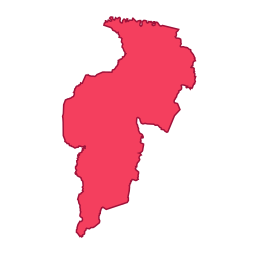 outline of Tonaya, Jalisco, Mexico, rotated 182°
{"feature_id": "50627088B15474935979053", "entity_name": "Tonaya", "entity_type": "district", "adm_level": 2, "iso_a3": "MEX", "parent_name": "Mexico", "parent_adm1": "Jalisco", "projection": "robinson", "projection_center": [-103.939, 19.867], "detail": "fine", "context": "isolated", "style": "filled", "palette": "rose", "viewbox_px": 256, "rotation_deg": 182, "n_neighbors": 0, "source": "geoboundaries", "source_scale": "gbopen_adm2", "svg_char_len": 5910}
<svg xmlns="http://www.w3.org/2000/svg" viewBox="0 0 256 256"><g transform="rotate(182 128 128)"><path d="M126.2,53.6L125.1,55.5L125.2,58.3L125.7,58.6L124.6,65.1L124.4,69.2L124.7,70.7L124.2,71.1L124.1,72.5L123.6,72.9L123.3,75.0L122.9,74.8L122.1,76.7L120.3,76.5L118.7,75.8L117.9,75.9L117.2,76.2L116.9,76.8L116.0,77.1L116.7,78.7L116.1,79.4L116.3,81.4L115.9,82.7L115.9,84.4L118.6,86.5L119.2,87.5L118.6,89.0L118.9,89.7L117.9,89.7L117.9,91.8L117.4,93.5L116.2,94.9L115.3,96.5L115.2,97.2L116.0,98.5L115.7,99.8L114.8,101.1L113.8,101.5L114.9,103.0L115.9,103.3L114.8,103.6L113.1,105.1L112.7,105.9L111.9,111.5L111.9,112.5L114.5,113.5L115.2,114.3L115.0,115.2L114.5,115.4L115.0,117.2L114.3,118.7L114.4,119.4L113.7,120.3L112.8,118.7L112.5,119.1L112.6,120.0L113.4,121.7L114.2,122.4L115.8,123.0L117.3,125.6L117.5,127.0L117.4,127.9L118.3,129.6L118.6,131.3L119.3,132.2L119.7,133.3L119.6,137.6L119.4,138.3L118.9,138.8L118.1,138.8L116.6,137.7L115.9,135.3L114.9,133.3L113.2,132.6L111.1,133.2L108.8,132.8L102.3,132.7L100.9,131.7L98.8,131.9L98.0,131.6L96.1,129.6L95.2,129.4L94.7,128.6L94.7,127.8L92.2,127.5L90.8,126.0L89.0,125.1L88.1,125.6L82.0,141.9L76.7,148.2L79.2,153.8L79.6,154.2L82.2,154.8L82.7,155.4L82.9,156.5L82.5,157.9L81.6,159.0L81.6,159.7L80.6,160.8L80.5,161.8L79.9,163.6L78.5,165.4L78.4,166.1L78.6,166.8L76.8,167.8L75.9,168.9L75.8,170.4L76.3,172.4L75.7,172.9L74.6,173.0L72.5,172.6L71.6,172.0L70.2,171.8L71.2,170.5L71.0,170.3L69.5,170.7L68.2,170.5L67.1,169.1L66.6,170.5L65.5,169.9L64.9,170.9L64.7,171.9L64.1,173.5L63.2,174.3L63.4,174.8L62.9,174.9L62.9,175.7L62.3,176.7L63.0,178.7L62.2,181.7L63.2,181.7L63.1,184.6L64.2,185.9L64.2,186.4L63.5,186.7L64.0,187.9L64.0,189.9L65.9,191.0L66.5,190.6L67.1,190.7L66.4,192.2L65.6,192.7L64.7,192.7L65.6,192.8L65.2,195.8L64.5,197.0L63.0,197.6L64.0,199.7L63.5,200.2L64.2,201.3L65.3,203.6L68.0,206.8L68.0,208.2L68.3,208.5L69.4,208.7L71.4,210.3L72.7,210.6L72.8,210.4L75.7,211.2L77.2,210.9L78.2,211.0L78.6,211.4L78.5,212.5L77.8,213.9L77.9,214.8L78.4,215.5L78.1,216.6L78.5,218.6L80.1,219.4L82.8,219.6L83.6,220.1L84.0,221.0L83.1,221.5L82.8,222.8L83.2,225.3L81.5,227.0L80.8,228.3L97.2,231.7L98.2,231.1L99.2,231.1L100.4,232.0L101.6,233.8L102.7,234.7L103.5,234.7L104.4,233.8L104.7,231.8L105.8,231.3L106.7,231.3L107.5,231.9L107.5,232.4L105.2,233.7L104.7,234.6L105.0,235.1L105.9,235.1L107.8,234.1L108.6,235.2L109.3,235.1L109.4,234.7L110.9,235.2L111.5,233.9L112.4,233.6L113.1,234.3L113.0,235.5L114.8,236.1L116.2,236.0L117.8,234.3L117.5,231.7L118.1,230.5L118.7,230.2L119.8,231.3L119.3,234.6L118.9,235.3L119.0,235.8L120.4,235.8L122.3,235.1L122.6,234.5L123.2,234.5L126.9,237.9L127.2,237.5L127.4,236.0L128.0,235.8L130.2,235.8L131.3,234.6L131.7,234.5L132.2,235.1L132.1,236.9L132.8,237.1L133.1,234.8L133.8,234.0L134.2,234.2L134.1,235.4L134.4,235.9L135.2,236.6L135.9,236.7L137.2,234.9L137.4,233.0L138.3,232.8L139.2,233.3L139.9,234.7L139.5,236.9L139.9,237.9L140.2,238.2L140.9,238.1L142.3,237.0L143.4,237.1L144.3,237.8L145.1,235.5L145.4,235.4L146.9,236.3L147.2,238.2L148.7,238.4L149.4,238.2L150.2,237.1L148.4,235.5L148.1,234.6L148.7,234.2L149.4,234.1L150.7,235.1L151.6,235.1L152.1,233.4L153.4,233.3L153.8,234.4L154.2,234.4L154.3,232.7L155.3,231.9L155.7,229.9L148.7,227.8L147.5,226.9L146.6,225.2L144.4,224.4L142.5,222.7L141.2,223.2L140.9,221.4L140.2,220.7L139.7,219.7L140.1,218.4L138.1,217.9L137.2,217.2L137.6,213.8L136.5,212.5L136.1,211.2L136.6,210.2L136.8,208.7L135.7,207.5L134.8,205.2L133.5,203.3L133.6,201.9L132.9,202.0L134.5,199.1L135.9,198.9L135.8,198.1L136.9,196.6L138.1,196.5L138.2,196.1L140.1,195.2L140.2,194.6L139.6,194.0L139.6,193.7L140.2,193.1L140.2,191.2L140.6,190.8L140.8,190.0L142.2,188.5L142.7,187.4L143.8,186.0L145.5,185.5L146.1,183.2L155.2,183.0L160.9,180.3L161.7,179.3L162.8,178.4L164.6,178.6L166.7,178.5L168.8,179.1L169.6,179.7L169.7,179.4L171.7,179.5L172.2,178.9L175.3,171.1L175.9,171.0L176.9,171.4L177.2,169.8L177.7,169.4L178.4,169.4L178.9,168.9L178.9,168.4L180.5,168.1L181.2,167.6L182.0,165.7L182.6,165.1L182.6,163.4L183.2,162.8L182.9,161.8L183.3,161.5L183.0,161.4L182.8,159.9L183.6,157.6L184.9,157.0L186.5,155.7L187.4,155.6L188.0,155.1L188.9,155.1L191.5,153.8L193.1,149.0L193.1,140.2L193.3,139.0L193.8,137.4L193.4,135.6L193.0,131.5L192.4,118.1L190.7,114.2L190.5,113.2L190.6,112.3L189.1,111.4L188.3,110.3L186.7,110.3L186.4,109.7L186.1,109.6L185.9,108.5L184.9,108.2L184.3,108.4L183.8,107.7L182.3,107.3L180.3,106.1L178.9,106.8L177.0,107.1L176.7,107.9L176.3,108.3L175.3,108.0L174.7,108.2L173.3,107.5L171.4,108.0L170.9,108.4L170.5,108.5L170.0,108.1L170.3,107.2L170.1,106.2L170.3,106.1L171.1,106.7L172.8,105.7L172.8,105.3L172.2,105.1L172.0,104.5L172.3,104.2L173.0,104.0L173.4,102.2L176.1,100.9L176.1,100.4L175.5,99.7L175.6,99.2L176.2,99.1L176.7,99.6L177.1,99.4L177.3,98.2L176.5,97.6L176.4,96.9L177.6,96.0L177.0,94.9L177.2,94.2L178.1,93.4L177.7,91.1L177.4,90.3L177.5,89.3L178.2,89.1L178.3,87.9L178.9,87.7L179.1,87.3L178.9,85.4L177.9,84.1L178.1,83.5L178.7,82.7L178.4,81.3L179.2,81.2L179.0,80.4L178.5,79.9L177.6,80.0L177.4,79.2L176.9,78.5L175.7,77.8L174.6,77.5L173.0,76.3L173.1,75.7L172.7,75.3L172.6,74.3L171.5,73.4L171.3,72.9L170.8,68.9L171.0,68.1L171.6,67.4L171.5,66.9L170.7,66.0L171.4,64.1L171.0,63.6L170.7,63.6L170.5,63.2L171.7,61.9L172.3,61.7L173.0,60.5L174.5,60.1L175.8,54.9L175.1,54.1L174.4,51.1L173.2,49.0L173.3,47.1L172.8,45.5L172.8,43.6L172.3,42.6L173.0,39.1L172.9,38.3L172.2,37.5L170.7,36.7L170.4,35.6L170.3,34.4L170.7,33.6L171.9,32.8L172.8,33.1L174.6,29.8L175.4,26.7L175.3,25.4L175.9,24.5L175.9,22.0L174.7,21.1L172.2,17.8L171.4,18.4L170.8,18.3L170.5,17.6L169.6,18.1L169.6,19.5L168.4,20.1L167.8,20.7L167.7,21.8L167.9,23.0L166.5,24.6L166.3,25.9L166.0,26.3L163.0,25.9L161.6,27.2L159.5,27.3L158.0,28.2L153.3,32.3L153.0,34.2L153.6,35.7L153.9,35.9L154.0,39.2L153.5,39.9L153.5,41.5L153.2,41.8L152.8,41.7L152.7,44.4L152.4,44.5L152.5,44.9L151.9,46.4L151.3,47.1L151.4,47.4L151.1,47.5L150.8,47.9L150.1,47.9L146.9,45.9L126.2,53.6Z" fill="#f43f5e" stroke="#9f1239" stroke-width="1.5"/></g></svg>